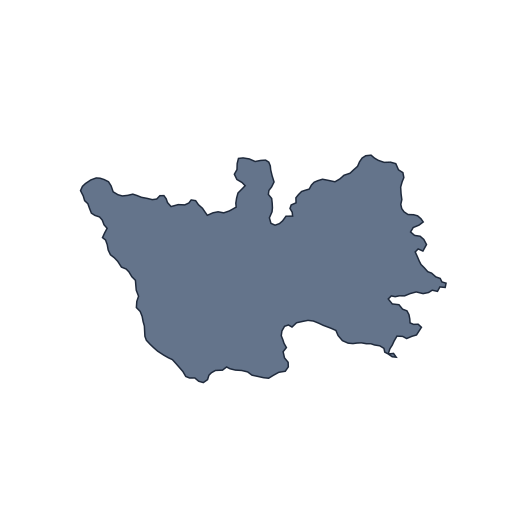 the district of Coluna, Minas Gerais, Brazil, rotated 292°
{"feature_id": "56859067B97930882461373", "entity_name": "Coluna", "entity_type": "district", "adm_level": 2, "iso_a3": "BRA", "parent_name": "Brazil", "parent_adm1": "Minas Gerais", "projection": "albers", "projection_center": [-42.832, -18.236], "detail": "fine", "context": "isolated", "style": "filled", "palette": "slate", "viewbox_px": 512, "rotation_deg": 292, "n_neighbors": 0, "source": "geoboundaries", "source_scale": "gbopen_adm2", "svg_char_len": 3455}
<svg xmlns="http://www.w3.org/2000/svg" viewBox="0 0 512 512"><g transform="rotate(292 256 256)"><path d="M214.7,415.3L220.2,414.9L224.4,415.7L228.9,415.9L234.5,416.7L236.4,422.1L235.9,426.6L240.0,430.7L242.9,434.4L246.6,435.1L251.9,436.1L253.5,431.9L251.6,427.7L251.7,423.9L255.2,422.2L258.9,419.8L261.7,416.5L261.6,411.8L264.4,406.8L262.6,400.3L265.7,394.7L269.7,396.4L270.4,400.3L272.8,403.8L274.7,408.7L278.9,413.0L282.7,418.0L283.7,425.0L286.8,429.7L290.3,432.2L291.2,437.5L296.2,438.1L297.7,443.2L302.0,442.4L301.6,438.1L304.2,435.2L304.0,430.5L305.9,425.2L305.8,421.1L308.1,416.5L309.9,412.2L312.4,409.3L315.9,405.8L319.4,402.1L323.3,403.7L323.1,408.9L330.5,409.8L334.2,405.4L335.8,400.8L334.5,395.3L336.2,390.3L341.3,391.1L345.7,395.6L350.2,398.3L352.4,394.9L353.8,390.8L353.3,386.6L351.4,381.4L352.4,376.7L354.5,373.4L358.1,370.9L362.9,370.1L368.0,367.2L374.1,364.3L379.6,363.7L384.1,363.7L388.3,361.0L389.3,355.8L394.0,351.0L393.4,345.6L390.8,339.7L390.5,333.3L391.2,329.0L392.6,324.9L390.1,320.2L386.6,317.7L382.1,316.7L377.2,316.6L372.8,314.4L368.0,312.2L363.8,307.3L358.9,304.9L354.4,301.4L353.2,294.6L352.1,288.9L349.0,285.1L346.2,282.3L342.5,280.8L338.0,280.3L335.3,276.9L332.9,274.1L328.9,272.4L324.9,271.2L320.3,273.2L316.5,269.5L312.8,269.7L310.1,273.2L306.7,275.0L304.1,268.9L298.5,267.5L294.8,265.6L291.7,262.1L291.9,257.6L296.4,254.1L303.0,254.3L306.8,253.2L311.1,251.2L315.2,249.0L317.7,244.4L321.6,243.4L325.9,244.6L331.4,245.0L336.4,240.9L341.3,237.4L344.9,235.5L347.8,232.7L348.5,229.0L346.4,224.6L343.3,219.8L343.5,213.4L342.1,207.3L339.9,203.2L334.7,203.9L329.0,206.0L323.7,205.3L319.8,209.6L318.9,215.6L317.1,219.6L313.4,218.1L307.7,215.7L302.5,216.3L297.4,217.5L293.9,219.3L291.0,217.0L287.8,214.4L283.9,209.9L282.8,204.3L280.0,200.0L275.5,195.6L277.9,191.9L280.2,188.5L282.0,183.4L284.7,179.3L283.7,174.9L280.0,173.9L276.7,170.8L274.5,164.6L270.0,158.7L272.4,153.9L275.4,151.3L277.5,148.0L275.9,144.3L271.6,142.6L269.4,138.7L268.7,133.8L267.5,127.8L267.5,122.9L267.2,118.6L264.2,114.4L261.6,109.6L261.1,105.0L262.0,99.5L266.7,95.4L269.6,91.4L270.0,86.5L269.7,82.3L268.5,78.6L264.7,74.4L259.3,70.7L255.6,69.0L250.9,68.8L247.0,73.3L243.1,76.4L241.5,80.5L238.0,83.6L234.1,87.3L233.3,91.4L233.6,96.3L231.7,100.0L228.0,103.4L225.9,107.6L220.5,107.0L215.5,106.8L214.5,110.5L210.8,113.8L206.2,116.7L202.6,120.6L201.3,125.3L199.3,129.7L195.3,135.4L195.3,140.4L193.7,144.1L190.3,148.6L188.3,153.3L183.7,155.6L179.4,157.8L174.7,162.2L169.2,162.5L163.4,164.4L161.2,169.4L157.3,173.1L152.9,175.9L149.3,178.7L145.0,180.7L139.9,183.1L136.8,185.9L134.5,190.8L132.7,195.3L130.9,200.5L129.5,207.7L128.8,213.0L128.6,217.3L126.1,222.5L123.9,226.8L121.5,231.5L118.0,236.0L118.0,240.1L120.0,244.9L118.4,249.8L118.9,254.6L123.2,257.4L127.8,257.0L131.1,258.4L134.7,261.3L137.6,267.7L142.1,270.3L141.7,274.1L142.5,279.6L144.5,285.6L145.4,291.7L144.0,296.9L145.0,302.6L146.0,308.6L147.4,313.5L151.9,316.8L156.7,320.7L160.1,326.3L165.3,327.5L169.5,325.6L172.2,320.6L177.4,317.0L182.5,318.5L185.5,314.7L188.6,312.1L191.5,309.3L196.2,308.1L201.5,308.8L204.2,311.9L203.6,316.0L209.3,318.6L213.0,324.0L215.8,328.3L217.2,333.5L217.2,339.5L216.9,344.3L217.1,352.4L216.9,358.0L213.0,361.9L209.9,367.8L209.7,374.0L211.1,378.7L213.1,382.2L215.0,386.3L216.0,391.2L217.7,395.4L217.9,399.2L219.1,404.4L218.3,409.2L215.1,411.4L214.7,415.3ZM214.7,415.3L213.6,420.0L214.7,423.9L217.2,420.0L214.7,415.3Z" fill="#64748b" stroke="#1e293b" stroke-width="1.5"/></g></svg>